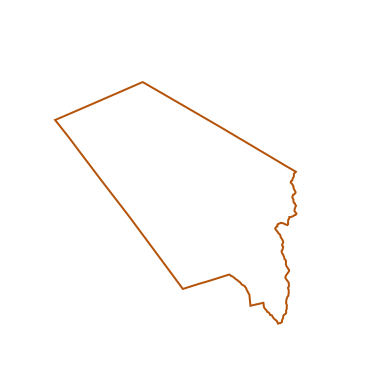 the district of Uruçuí, Piauí, Brazil, rotated 129°
{"feature_id": "56859067B38416521991119", "entity_name": "Uruçuí", "entity_type": "district", "adm_level": 2, "iso_a3": "BRA", "parent_name": "Brazil", "parent_adm1": "Piauí", "projection": "natural_earth1", "projection_center": [-44.572, -7.785], "detail": "fine", "context": "isolated", "style": "outline", "palette": "amber", "viewbox_px": 384, "rotation_deg": 129, "n_neighbors": 0, "source": "geoboundaries", "source_scale": "gbopen_adm2", "svg_char_len": 2703}
<svg xmlns="http://www.w3.org/2000/svg" viewBox="0 0 384 384"><g transform="rotate(129 192 192)"><path d="M110.9,124.0L112.9,136.7L113.0,137.5L114.6,148.8L122.7,204.1L123.7,211.0L136.3,291.2L137.5,299.1L138.3,299.9L197.8,330.9L222.2,343.7L222.5,342.4L223.7,336.9L227.0,322.3L231.0,306.4L240.0,269.9L249.7,229.0L250.2,227.0L250.5,225.7L260.9,185.2L273.1,138.1L259.6,129.2L254.4,125.6L253.9,125.2L244.8,119.1L232.8,111.2L232.5,110.2L232.6,108.5L232.1,107.2L232.1,104.8L232.2,104.0L232.2,103.3L231.9,101.2L232.1,100.2L231.9,98.4L232.0,97.7L232.2,96.8L232.4,95.8L232.5,95.2L232.4,93.8L232.0,92.3L232.0,91.6L232.5,90.6L232.6,89.4L233.2,88.6L233.9,87.5L234.2,86.2L234.7,85.5L235.0,84.6L235.6,82.9L243.6,75.0L233.2,66.8L234.1,65.7L234.9,65.1L236.4,63.2L236.7,62.3L237.0,61.1L237.0,60.2L237.2,59.4L237.8,58.0L237.5,57.3L237.4,56.3L237.7,55.1L238.4,53.9L238.0,53.3L237.6,52.1L238.0,51.3L238.3,50.6L238.8,48.9L238.9,48.1L238.8,45.6L238.9,44.9L239.2,44.2L239.8,43.2L240.1,42.3L239.5,42.1L238.3,40.9L237.8,40.6L236.5,40.3L235.9,40.6L235.2,41.3L233.8,41.6L232.7,41.9L230.8,43.1L229.7,43.2L227.7,42.6L227.0,42.7L226.3,43.0L225.4,43.8L224.7,44.4L223.1,44.9L222.5,45.3L221.7,46.1L220.3,47.0L219.7,47.9L219.3,48.8L218.4,49.5L217.6,49.9L216.5,50.8L214.7,51.4L213.4,51.9L212.0,51.8L211.4,52.1L210.5,52.9L209.8,53.1L209.2,53.6L207.1,55.4L206.7,56.3L206.2,56.9L205.6,57.2L204.3,57.3L202.1,59.3L201.6,59.9L201.2,60.9L201.1,61.7L200.4,64.2L200.1,65.1L199.6,65.7L198.9,66.1L196.9,66.5L195.2,66.6L194.6,66.6L193.3,66.7L192.3,66.8L191.4,67.7L191.3,68.6L190.7,70.0L190.4,71.5L189.1,73.6L186.6,75.4L186.0,76.2L185.9,78.0L185.0,78.9L183.2,82.0L183.0,83.1L182.6,83.9L181.5,85.3L180.7,85.3L179.3,85.5L178.6,86.1L177.2,86.6L177.0,87.9L176.2,88.9L175.5,89.0L174.8,89.2L174.3,89.2L173.6,89.6L172.9,90.3L172.2,91.9L171.2,94.9L170.5,95.5L169.9,96.4L169.8,97.6L169.6,98.2L169.6,99.1L169.4,99.9L169.0,100.5L168.7,102.8L168.0,104.4L166.9,104.6L165.6,104.5L165.0,104.0L164.5,104.4L163.5,105.1L162.2,104.7L160.7,103.8L160.1,103.6L159.7,103.0L159.4,102.3L158.8,101.1L158.4,98.9L158.0,98.1L157.7,97.1L156.8,97.0L155.1,98.2L154.4,98.8L153.7,99.3L152.8,99.7L151.8,99.7L151.0,100.1L150.2,100.6L149.2,99.3L148.1,98.8L147.0,98.2L145.3,97.7L144.7,97.1L143.2,97.1L142.8,98.2L142.5,99.8L142.2,100.5L140.6,101.5L139.0,102.1L137.2,102.5L136.8,103.9L136.1,104.9L136.2,106.2L135.3,107.5L134.3,108.1L133.8,108.9L133.3,110.3L132.6,111.0L130.5,111.7L129.9,111.2L127.8,111.0L126.9,111.4L126.3,112.7L125.4,115.1L124.7,115.6L124.2,116.6L123.7,116.9L123.3,117.7L122.8,119.3L122.7,120.7L122.2,121.5L121.0,121.8L120.0,121.3L118.4,122.2L116.3,122.5L115.0,123.2L114.0,124.2L112.5,124.2L111.8,124.0L110.9,124.0Z" fill="none" stroke="#b45309" stroke-width="2"/></g></svg>